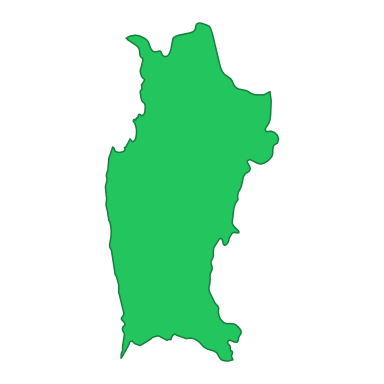 the border of Coquimbo
{"feature_id": "CHL-2697", "entity_name": "Coquimbo", "entity_type": "Region", "adm_level": 1, "iso_a3": "CHL", "parent_name": "Chile", "parent_adm1": "", "projection": "mercator", "projection_center": [-70.868, -30.645], "detail": "fine", "context": "isolated", "style": "filled", "palette": "green", "viewbox_px": 384, "rotation_deg": 0, "n_neighbors": 0, "source": "natural_earth", "source_scale": "10m", "svg_char_len": 4446}
<svg xmlns="http://www.w3.org/2000/svg" viewBox="0 0 384 384"><path d="M270.0,91.7L270.0,91.8L271.2,101.0L270.6,115.3L270.1,119.3L268.9,123.1L265.7,128.0L265.3,129.5L265.9,131.3L267.4,131.6L270.9,131.1L274.4,132.4L277.3,135.2L278.6,139.0L277.4,143.0L276.6,143.6L274.8,144.5L273.9,145.3L273.5,146.1L273.2,147.1L272.8,149.1L272.7,153.1L272.4,155.1L271.6,156.9L269.2,159.7L266.7,161.7L264.0,163.1L260.7,164.1L257.5,163.3L249.9,159.5L247.5,160.6L247.4,162.5L249.7,166.4L250.2,168.7L249.5,170.8L248.3,171.9L246.9,172.7L245.3,173.7L243.4,176.7L241.7,184.9L240.3,188.7L238.5,192.0L238.0,193.7L237.6,195.8L237.7,197.2L237.9,198.2L238.0,199.3L237.4,200.6L235.8,202.8L235.3,203.6L234.0,207.4L232.2,222.1L232.5,224.1L233.5,225.7L235.0,227.5L237.6,229.9L238.8,231.3L238.9,232.7L237.8,233.0L233.8,232.4L232.1,233.3L230.0,236.6L229.1,238.7L228.3,241.9L227.2,243.6L225.8,244.9L224.4,245.3L223.3,244.0L222.8,241.6L222.1,239.3L220.3,238.4L219.2,239.2L214.0,247.4L213.5,249.1L213.3,251.2L213.4,255.4L213.0,257.3L211.0,261.6L211.1,263.6L211.8,265.6L212.3,267.9L212.0,269.9L210.4,273.3L210.0,275.4L210.1,279.4L209.8,283.3L208.9,288.1L209.0,290.1L209.9,292.7L214.8,302.7L217.6,306.0L218.6,307.8L218.4,312.4L218.8,315.0L219.6,317.4L220.6,319.4L223.9,322.8L227.1,323.7L230.5,323.5L234.5,324.1L236.1,325.1L238.1,326.9L239.9,328.9L240.9,330.7L241.2,332.8L240.6,334.2L239.7,335.5L238.8,337.1L238.0,341.1L237.2,342.1L234.8,342.2L231.0,340.6L229.0,340.3L227.7,341.5L227.6,342.7L228.0,343.7L229.5,345.3L230.1,346.3L230.3,347.2L230.3,349.3L230.6,350.3L232.2,351.5L232.5,352.2L232.4,353.2L231.7,355.0L231.6,356.0L231.8,357.3L232.9,359.6L232.9,359.8L228.3,361.0L224.2,360.8L222.5,360.3L220.8,359.3L219.4,357.5L217.6,354.0L216.4,352.5L213.8,351.0L207.8,349.2L203.9,347.1L199.6,342.4L196.9,340.3L194.8,339.1L192.2,338.3L190.3,338.2L188.3,338.3L186.4,338.7L176.9,335.3L174.9,334.1L172.4,335.6L170.8,339.6L168.7,339.5L167.0,340.3L158.4,335.8L154.5,336.7L152.4,337.5L150.6,339.2L142.0,344.5L139.9,345.6L134.5,343.5L132.1,341.1L129.9,341.7L128.8,344.8L121.5,357.9L121.1,358.0L121.2,354.4L121.4,353.2L122.5,350.7L122.6,346.1L124.4,334.5L124.0,332.7L123.2,331.6L122.7,330.6L122.4,329.4L122.5,327.9L123.0,326.8L123.8,326.0L124.6,325.5L125.0,325.0L124.5,322.8L121.4,319.3L121.5,317.9L123.1,315.9L123.8,314.2L123.7,312.6L119.3,294.4L118.6,292.6L118.7,284.8L116.5,276.7L115.1,274.1L111.5,250.6L109.8,247.1L109.6,245.0L111.0,236.2L111.2,231.2L110.8,226.2L109.8,222.0L109.4,221.3L109.0,220.8L108.7,220.1L108.5,217.6L108.0,215.4L107.6,211.9L106.0,205.1L106.7,197.5L106.3,196.3L105.4,187.4L105.7,185.2L107.1,179.9L106.9,178.2L106.3,176.0L106.7,173.5L107.9,169.7L108.8,158.3L112.2,148.6L112.4,147.5L112.7,147.1L113.3,147.4L113.9,148.0L115.1,151.1L117.0,152.1L119.3,152.4L121.2,152.2L123.5,151.4L124.5,150.7L125.0,149.7L124.8,148.5L124.5,147.7L124.7,147.3L125.9,147.1L126.4,145.9L130.1,139.0L131.3,140.3L132.1,141.4L133.0,141.8L134.4,140.6L135.4,139.1L135.9,137.5L136.4,134.0L136.5,130.1L135.9,126.6L134.8,123.5L133.2,120.9L133.6,119.9L134.2,119.4L134.9,119.5L135.8,120.1L135.9,119.2L136.2,118.5L136.6,118.0L138.1,117.6L138.1,117.1L138.0,116.4L138.2,115.7L138.6,115.1L138.6,114.7L138.9,114.4L139.9,114.3L140.2,114.5L141.1,115.5L141.7,115.7L143.7,114.7L144.8,112.2L145.1,109.0L145.2,105.9L144.9,104.3L144.2,103.2L142.4,101.5L141.7,100.4L141.3,99.1L140.2,92.8L140.3,91.0L141.1,90.2L141.7,89.5L141.9,87.9L141.8,86.2L141.4,85.1L143.8,81.6L144.6,79.5L143.6,78.6L142.5,77.8L141.4,75.8L140.6,73.4L140.2,71.3L140.5,69.0L141.7,65.6L142.2,62.7L142.6,61.5L142.9,60.3L142.7,59.0L142.2,58.1L140.8,57.0L140.2,56.0L139.7,53.5L139.6,51.3L139.2,49.2L137.9,47.0L136.5,45.6L127.9,39.9L126.3,38.1L129.6,36.2L135.0,35.2L137.6,35.5L140.1,36.1L143.7,37.8L145.3,38.8L146.8,40.1L147.9,41.4L148.7,42.9L150.3,47.6L151.3,49.4L152.8,51.2L154.4,51.9L156.0,51.9L158.7,51.1L159.7,51.0L160.4,51.2L161.0,51.8L161.3,52.6L161.6,53.4L161.9,54.2L162.6,55.3L164.3,56.5L166.4,56.5L167.9,55.6L169.2,53.9L170.5,50.8L171.1,48.6L172.7,39.8L173.1,38.5L173.5,37.6L175.6,36.4L178.8,35.2L190.2,32.8L193.1,31.7L194.5,30.4L195.3,28.9L195.7,27.3L195.9,25.9L196.2,24.9L196.8,24.0L198.1,23.2L199.6,23.0L201.4,23.2L207.6,25.4L209.2,26.4L210.5,28.1L212.6,34.5L220.1,66.0L221.4,69.8L222.6,72.0L224.4,74.3L230.3,78.5L231.4,79.7L232.3,81.3L234.0,85.3L235.6,87.2L238.1,88.9L245.9,90.5L248.1,91.5L250.7,93.2L253.1,94.2L255.2,94.8L263.1,94.9L263.9,94.8L265.0,94.3L268.1,92.5L269.9,91.7L270.0,91.7Z" fill="#22c55e" stroke="#15803d" stroke-width="1.5"/></svg>